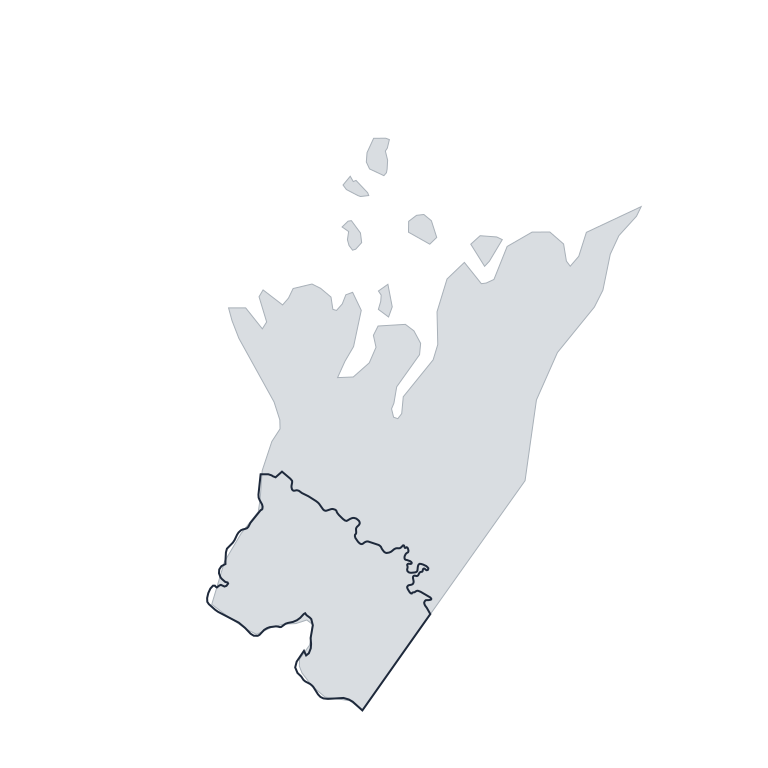 Gabú highlighted on a map of Guinea-Bissau, rotated 125°
{"feature_id": "GNB-777", "entity_name": "Gabú", "entity_type": "Region", "adm_level": 1, "iso_a3": "GNB", "parent_name": "Guinea-Bissau", "parent_adm1": "", "projection": "albers", "projection_center": [-14.296, 12.118], "detail": "fine", "context": "in_parent", "style": "outline", "palette": "slate", "viewbox_px": 768, "rotation_deg": 125, "n_neighbors": 0, "source": "natural_earth", "source_scale": "10m", "svg_char_len": 5812}
<svg xmlns="http://www.w3.org/2000/svg" viewBox="0 0 768 768"><g transform="rotate(125 384 384)"><path d="M91.2,275.1L101.7,273.4L127.7,276.7L147.9,273.1L162.2,266.9L181.6,258.5L200.3,255.8L258.7,260.0L309.6,250.0L347.4,230.8L382.3,213.0L427.5,213.3L475.9,213.6L544.7,214.0L599.2,214.2L663.6,214.4L663.0,230.3L674.3,252.8L672.7,269.5L667.8,285.3L663.6,291.6L657.9,295.3L640.7,295.2L633.4,298.3L621.9,304.6L621.6,311.9L630.8,318.8L638.3,328.5L647.1,336.1L662.2,344.9L663.6,354.7L664.0,379.4L663.3,398.7L620.9,412.8L588.3,415.3L560.8,413.7L548.8,419.7L524.8,434.1L495.4,442.9L480.4,443.4L473.2,448.7L461.8,463.7L429.8,529.1L419.3,544.8L410.8,555.0L401.0,541.0L408.6,515.3L400.5,515.7L384.2,536.4L376.3,537.0L377.4,512.4L368.4,511.5L357.9,513.2L343.4,500.3L342.0,490.7L343.2,477.3L352.2,468.7L351.0,465.1L342.4,464.1L332.8,466.4L326.9,462.3L336.7,444.9L370.8,430.4L387.9,429.0L405.4,425.7L395.9,413.2L375.1,408.2L358.5,411.6L350.2,420.6L339.9,422.1L322.9,400.7L323.3,390.0L329.7,377.3L339.6,371.7L379.0,372.0L394.0,364.9L400.0,363.6L405.7,357.1L404.5,352.8L398.1,352.5L383.4,360.9L336.0,357.6L320.8,362.6L294.4,382.0L261.8,392.6L238.3,387.9L246.0,361.8L242.7,358.2L235.3,353.9L200.7,362.0L174.6,349.8L164.4,335.3L166.3,317.2L178.7,305.1L180.7,299.0L167.7,297.7L143.7,305.2L91.2,275.1ZM204.2,530.6L188.7,533.4L181.7,523.6L180.7,519.8L188.8,516.6L192.4,516.5L198.6,509.4L206.2,504.7L209.5,503.2L213.4,503.6L216.1,519.2L212.3,525.8L204.2,530.6ZM245.6,451.0L236.6,457.1L227.2,454.1L222.3,448.6L223.1,438.8L233.7,424.9L243.2,426.7L245.6,451.0ZM229.9,369.1L219.7,393.1L207.4,390.3L198.9,376.0L197.9,369.9L223.0,368.1L229.9,369.1ZM279.4,500.4L279.4,508.4L271.2,506.8L268.9,504.4L273.8,489.9L281.0,483.4L289.8,484.5L292.4,486.5L290.6,492.1L286.8,496.7L279.4,500.4ZM312.8,437.3L311.0,441.9L300.1,438.0L316.1,421.5L326.5,418.7L326.1,431.4L318.1,434.1L312.8,437.3ZM246.3,526.3L244.5,531.7L233.2,530.8L235.8,525.3L233.3,523.7L236.7,507.1L238.4,504.6L243.9,510.8L244.6,513.4L246.3,526.3Z" fill="#d9dde1" stroke="#a8b0b8" stroke-width="1"/><path d="M670.2,289.3L667.1,294.2L661.5,296.3L648.5,296.5L651.0,292.1L647.7,291.1L642.5,292.4L638.8,294.6L634.2,298.4L622.5,303.9L618.3,308.7L617.9,310.7L617.8,314.9L617.0,317.1L618.5,317.8L623.6,318.5L627.4,319.8L631.1,322.1L634.9,325.7L636.8,327.1L642.1,328.9L643.0,330.1L643.5,331.6L644.5,333.5L648.7,338.1L651.0,339.7L654.1,341.1L660.9,342.1L662.7,343.0L664.9,346.3L665.1,350.0L663.5,357.9L662.8,366.1L665.8,389.2L665.8,392.8L664.8,401.2L663.8,403.8L660.8,406.1L656.1,408.0L651.2,408.9L647.3,408.4L646.2,406.9L646.6,405.5L646.5,404.2L643.7,403.4L642.1,402.4L641.4,398.5L639.7,397.3L636.9,397.2L636.3,398.3L637.2,400.5L636.7,405.0L636.2,406.9L633.7,410.6L630.4,412.6L626.5,412.7L622.4,410.6L620.8,411.8L612.6,416.9L609.0,418.2L600.6,416.8L597.5,416.9L591.7,417.9L589.1,418.0L585.9,417.3L584.1,416.2L582.4,414.7L580.7,413.5L578.8,413.2L574.3,413.8L558.2,412.7L557.1,412.1L556.1,412.0L554.1,413.1L552.6,414.8L550.3,419.5L549.0,421.5L546.6,423.4L528.7,433.3L528.6,433.2L524.3,427.0L523.3,423.6L523.3,422.1L522.6,419.3L514.3,417.3L515.3,406.4L516.0,403.8L516.7,403.2L517.5,402.7L520.6,401.3L521.7,400.5L523.1,398.9L523.4,397.7L523.2,396.7L522.6,396.0L521.2,394.7L520.7,393.7L520.3,392.4L520.4,388.7L519.3,381.5L518.9,372.6L519.0,370.3L519.3,368.6L521.7,361.9L521.8,360.4L521.4,359.2L520.8,358.5L516.9,355.6L516.1,354.8L515.6,353.9L515.0,352.0L515.0,350.8L515.4,349.9L515.8,349.5L516.5,348.1L517.2,345.7L518.1,340.3L518.2,337.7L517.6,336.1L516.9,335.7L514.0,334.4L512.4,333.4L511.6,332.7L510.9,331.7L510.2,329.8L510.2,328.1L510.5,325.9L511.2,324.7L512.0,324.0L513.1,323.7L514.1,323.7L516.5,324.2L517.4,324.2L518.4,324.0L519.2,323.5L521.3,321.8L522.1,321.3L523.0,321.1L524.0,321.3L525.2,320.7L526.5,319.2L528.1,314.9L528.5,312.6L528.3,311.0L527.7,310.2L526.9,309.7L524.9,309.1L524.0,308.6L523.2,308.1L522.6,307.4L522.2,306.9L522.0,306.3L518.9,296.0L518.9,294.4L519.1,293.2L520.2,291.3L520.7,290.0L521.4,287.7L521.4,286.4L521.1,285.2L520.5,284.5L519.1,283.1L517.5,282.1L516.7,281.8L513.4,280.9L512.5,280.4L511.7,279.9L511.0,279.1L510.0,277.5L509.3,276.8L508.4,276.4L505.2,275.8L504.9,275.3L504.9,274.9L505.1,274.6L505.4,274.2L505.9,273.6L506.2,272.7L505.7,272.2L504.8,271.9L504.6,271.2L504.8,270.5L505.3,269.7L505.9,269.0L506.6,268.3L507.4,267.9L508.1,267.8L509.6,268.5L510.6,268.7L511.7,268.6L512.9,268.4L513.9,268.0L514.8,267.4L515.5,266.5L515.6,265.9L515.5,265.2L515.0,264.2L514.1,260.8L514.2,259.5L514.6,258.7L515.3,258.5L515.8,258.7L516.3,259.2L517.1,260.8L517.8,261.3L518.6,261.4L519.3,260.9L519.8,260.2L520.5,259.6L521.5,259.1L522.5,258.8L523.7,257.7L524.0,256.6L524.0,255.4L523.6,254.4L523.1,253.5L520.6,250.6L519.9,250.0L519.1,249.6L518.2,249.5L517.3,249.8L514.6,251.3L513.7,251.7L512.8,252.0L511.7,252.0L510.8,251.6L510.1,250.3L509.5,248.5L508.9,245.0L509.1,243.3L509.5,242.0L510.3,241.6L511.3,241.5L512.1,242.3L512.2,243.3L512.0,244.5L512.2,245.4L512.9,245.8L513.9,245.6L515.4,245.0L515.9,245.1L516.4,245.6L517.0,246.2L517.8,246.6L518.9,246.6L521.0,246.3L521.9,246.5L522.6,247.1L523.3,248.8L523.6,249.2L524.2,249.6L525.0,249.7L525.7,249.4L526.3,249.0L528.5,246.7L529.3,246.1L530.2,245.8L531.3,245.7L532.2,246.1L533.0,246.7L534.3,248.0L534.8,248.4L535.2,248.6L536.1,248.7L536.7,248.7L537.0,248.6L537.4,248.3L538.1,247.4L538.8,246.0L539.9,243.4L540.1,242.0L539.7,241.1L539.0,241.1L538.2,240.8L537.0,239.5L535.1,238.8L534.3,238.2L533.8,237.3L533.2,234.7L532.3,223.6L532.7,222.2L533.4,221.8L534.1,222.2L535.5,223.5L536.6,225.1L537.2,225.8L538.1,226.0L539.2,225.9L540.2,225.6L541.1,224.6L541.9,223.3L542.8,220.6L545.9,214.1L595.8,214.3L663.8,214.5L662.2,227.4L662.6,231.8L664.4,237.1L674.1,249.3L676.3,253.3L676.8,256.6L676.1,260.0L672.7,268.1L672.3,269.8L672.1,272.3L672.8,277.9L672.6,280.2L671.1,284.0L670.3,289.2L670.2,289.3Z" fill="none" stroke="#1e293b" stroke-width="2"/></g></svg>